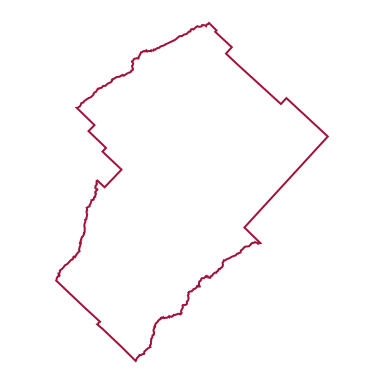 Rauch, Buenos Aires, Argentina (Mercator projection)
{"feature_id": "61730980B69505463407693", "entity_name": "Rauch", "entity_type": "district", "adm_level": 2, "iso_a3": "ARG", "parent_name": "Argentina", "parent_adm1": "Buenos Aires", "projection": "mercator", "projection_center": [-59.036, -36.602], "detail": "fine", "context": "isolated", "style": "outline", "palette": "rose", "viewbox_px": 384, "rotation_deg": 0, "n_neighbors": 0, "source": "geoboundaries", "source_scale": "gbopen_adm2", "svg_char_len": 5816}
<svg xmlns="http://www.w3.org/2000/svg" viewBox="0 0 384 384"><path d="M327.8,136.5L286.4,98.1L280.9,104.0L235.6,62.7L226.0,53.6L231.8,47.2L215.2,31.8L216.5,30.4L209.0,23.0L208.2,24.0L206.8,24.5L206.1,26.1L205.6,25.5L202.6,25.0L201.9,25.3L201.8,26.1L201.4,26.5L199.8,26.8L198.1,26.6L197.4,26.2L195.0,27.9L194.6,28.5L194.1,28.7L193.5,29.5L192.4,29.0L191.2,29.3L190.6,30.0L190.7,30.4L190.4,31.5L189.8,31.6L189.2,31.5L188.8,31.7L186.6,34.0L185.2,34.4L184.7,34.3L183.7,34.7L182.0,36.1L180.7,36.0L179.5,36.2L175.0,39.9L166.1,44.1L165.6,44.1L165.2,44.7L163.4,45.6L160.7,46.4L159.9,47.0L159.5,47.7L157.6,48.0L156.1,48.9L155.4,49.7L154.0,49.4L153.4,50.6L151.2,50.3L151.0,51.1L150.4,50.9L148.1,51.1L147.1,51.6L146.9,51.5L146.8,50.9L146.3,50.3L145.7,51.1L145.3,51.0L144.8,51.4L144.0,50.9L143.0,51.5L142.3,52.1L141.2,52.2L140.2,54.2L139.9,54.4L139.7,55.5L138.9,56.4L138.4,58.6L138.1,58.6L137.2,58.1L137.0,58.3L134.5,58.7L133.8,59.2L133.6,59.9L133.0,60.6L131.9,61.4L131.9,61.7L132.8,62.6L133.1,63.3L133.1,63.8L132.6,65.4L132.1,65.7L132.1,66.2L132.5,67.9L133.0,68.6L132.9,68.8L132.9,69.2L132.5,69.7L132.6,70.2L131.2,70.8L130.8,71.9L129.8,72.5L128.6,72.7L126.2,74.1L124.0,75.7L123.5,75.7L122.9,74.8L122.6,74.8L122.4,74.9L122.1,75.4L120.9,75.7L120.5,76.2L120.0,76.3L119.6,76.7L116.3,77.1L115.8,77.6L114.3,78.4L113.9,78.9L113.1,78.8L112.1,79.5L111.8,79.9L111.8,80.3L112.2,80.6L112.1,80.8L111.5,81.3L111.1,82.1L108.0,83.5L106.6,84.5L105.6,85.8L103.3,85.9L102.4,86.6L102.1,87.4L101.8,87.6L100.9,88.0L100.3,87.9L98.7,88.8L98.4,88.5L97.9,88.6L96.0,91.8L95.0,92.2L94.1,92.9L93.5,93.8L93.6,94.2L93.3,94.8L91.1,97.0L90.0,97.6L88.5,98.0L87.9,98.7L86.4,99.4L86.1,99.9L84.3,100.9L83.9,101.9L83.3,102.2L83.0,102.7L81.5,103.0L81.2,103.3L81.1,104.0L80.6,105.2L79.9,106.4L77.5,107.8L76.8,107.9L94.5,125.1L88.5,131.1L106.0,147.9L102.5,151.6L121.5,169.6L104.6,187.3L97.4,180.5L96.6,181.0L96.6,182.7L96.5,183.2L97.0,183.9L96.1,185.4L95.6,185.7L95.6,186.5L95.2,187.4L95.2,187.7L95.7,188.0L96.0,188.7L96.7,189.2L97.4,189.4L97.4,189.7L96.2,190.8L95.6,191.8L95.2,192.0L95.3,193.2L95.9,193.5L95.7,194.7L95.2,195.6L95.2,196.7L94.7,196.6L94.3,197.0L93.8,198.3L93.7,199.5L92.9,200.0L92.4,199.8L92.0,200.1L91.4,200.2L91.4,201.1L91.1,201.7L90.8,203.2L89.7,204.9L89.6,206.4L89.0,206.5L86.7,207.7L87.2,210.6L86.5,211.2L86.5,211.8L86.7,212.7L86.8,213.9L87.2,214.3L87.2,214.6L86.9,216.0L86.8,216.8L86.4,217.8L86.5,218.7L86.2,219.3L85.5,219.5L85.1,219.8L85.4,221.6L84.6,223.6L84.3,225.9L84.5,227.1L84.8,227.8L84.6,229.8L84.7,232.1L84.3,232.8L84.0,232.8L83.8,233.4L84.1,234.2L83.7,234.7L83.0,236.1L82.0,236.9L82.0,237.5L81.7,237.8L81.2,238.9L81.3,239.7L81.0,239.8L80.5,241.4L81.0,242.7L80.9,242.9L80.0,242.8L79.8,243.0L79.9,243.3L80.4,243.7L80.6,244.5L80.2,245.1L79.9,246.6L79.4,247.6L79.4,248.5L79.0,249.6L79.6,251.2L79.4,251.5L78.7,251.8L77.5,253.1L77.3,253.6L76.6,254.2L76.3,255.1L75.9,255.3L75.1,257.2L74.5,257.1L74.2,256.6L73.5,256.7L73.0,258.7L72.8,259.1L72.4,259.5L71.8,259.4L70.5,260.4L69.8,261.5L68.4,262.7L68.0,263.4L65.9,264.9L65.2,265.1L64.4,266.0L63.6,267.2L62.0,269.0L59.9,270.5L60.1,271.1L60.0,271.5L59.5,273.0L58.4,273.5L58.8,274.6L59.4,274.9L59.6,275.4L59.2,276.2L58.0,276.3L57.6,277.0L57.4,277.1L56.6,278.6L56.6,279.7L56.5,280.2L56.2,280.6L84.0,307.0L100.0,321.7L98.4,323.0L98.0,324.1L97.3,324.4L102.8,329.1L121.0,346.4L135.7,361.0L136.3,360.0L136.3,359.4L137.1,357.9L137.7,357.5L138.4,356.5L138.8,356.3L139.2,355.2L139.9,355.0L140.6,355.3L141.3,355.0L142.3,354.1L144.0,354.0L144.2,353.6L144.3,353.2L144.1,352.1L144.6,351.3L145.8,350.4L146.0,349.8L146.9,349.3L148.2,348.1L150.3,347.1L150.1,346.7L150.3,346.2L149.9,345.7L149.9,345.3L150.7,344.5L151.0,343.7L150.9,341.4L151.3,340.9L151.1,338.9L152.3,337.6L152.3,336.2L152.6,335.3L153.3,335.1L153.4,334.7L153.9,334.5L154.0,333.7L153.8,333.0L154.1,332.2L153.9,332.0L154.0,331.8L153.5,330.8L153.5,329.9L154.3,327.9L154.3,327.0L155.1,326.9L155.2,326.6L154.8,325.9L155.7,323.5L156.3,323.2L157.3,322.0L157.9,321.5L157.9,321.2L159.1,319.7L160.3,319.3L160.5,318.9L160.7,317.9L161.4,317.6L161.7,317.6L161.9,318.0L163.1,317.2L163.3,317.9L163.9,318.2L165.5,317.7L166.1,317.9L167.4,317.5L168.7,316.7L169.0,316.7L169.2,316.9L169.3,316.3L169.6,316.5L170.6,316.5L171.1,316.8L171.7,316.8L172.3,316.1L173.2,315.8L173.5,315.1L173.8,314.9L174.1,314.8L174.5,315.1L175.1,315.0L177.9,313.9L178.4,313.9L179.1,313.7L180.1,314.4L180.8,314.3L181.1,313.6L181.6,313.0L181.2,312.7L181.1,310.9L182.9,307.4L182.5,305.9L182.7,305.2L184.2,304.9L185.0,305.0L186.1,304.6L186.8,304.1L187.0,303.8L186.8,301.7L188.1,300.3L188.3,299.8L188.6,298.5L188.3,297.2L188.4,296.5L187.9,295.7L188.3,294.6L188.7,294.2L188.8,293.8L188.3,292.8L188.7,292.0L190.2,291.5L191.7,291.3L192.3,290.5L192.9,290.0L193.5,289.1L194.7,288.9L196.3,287.7L196.9,286.8L196.9,286.2L197.3,285.8L198.3,285.9L198.6,285.6L199.0,285.9L198.9,286.5L199.8,286.5L199.8,286.3L199.3,285.7L199.0,284.4L199.1,281.9L199.4,281.3L199.9,281.2L200.9,280.4L201.3,278.8L201.8,278.2L203.9,278.3L205.0,277.1L205.9,277.1L206.2,276.9L206.3,276.4L206.1,276.0L206.4,275.8L206.6,276.0L207.7,276.3L208.2,277.5L208.8,277.4L209.7,277.9L210.5,277.6L210.6,276.4L212.1,275.7L213.3,273.8L213.9,273.6L214.6,272.8L215.3,272.5L216.2,272.8L216.8,271.7L217.6,271.2L217.6,270.9L218.0,270.7L218.4,270.1L218.6,269.1L218.9,268.9L219.9,269.1L220.2,268.9L220.7,268.0L221.7,267.5L222.7,266.3L222.7,265.5L223.0,264.8L222.7,264.0L222.6,262.7L223.2,262.1L223.3,261.4L223.8,260.8L223.9,260.3L225.0,260.5L227.1,259.0L229.0,258.4L232.1,256.6L235.8,255.3L236.5,254.1L237.3,253.7L238.2,253.7L238.7,253.1L240.6,252.5L240.9,250.5L241.5,249.9L242.6,249.4L243.2,248.4L244.2,247.5L244.6,246.8L249.2,246.2L249.9,245.3L250.9,244.5L251.2,244.2L251.1,243.9L252.1,243.0L254.3,242.7L254.9,242.1L255.3,242.4L256.0,242.6L256.8,242.6L257.9,243.7L260.4,243.1L244.4,227.5L327.8,136.5Z" fill="none" stroke="#9f1239" stroke-width="2"/></svg>